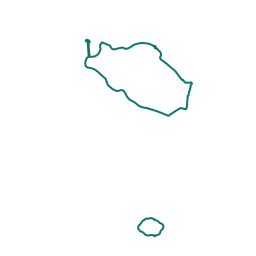 outline of Ly Son, Vietnam, rotated 209°
{"feature_id": "81297802B63810165613250", "entity_name": "Ly Son", "entity_type": "district", "adm_level": 2, "iso_a3": "VNM", "parent_name": "Vietnam", "parent_adm1": "", "projection": "natural_earth1", "projection_center": [109.112, 15.401], "detail": "fine", "context": "isolated", "style": "outline", "palette": "teal", "viewbox_px": 256, "rotation_deg": 209, "n_neighbors": 0, "source": "geoboundaries", "source_scale": "gbopen_adm2", "svg_char_len": 3242}
<svg xmlns="http://www.w3.org/2000/svg" viewBox="0 0 256 256"><g transform="rotate(209 128 128)"><path d="M133.6,153.5L130.4,152.8L127.9,152.7L125.1,153.2L123.0,153.9L121.4,154.5L117.3,155.4L111.9,156.5L106.2,157.4L99.3,158.1L98.5,158.5L98.1,158.7L97.9,159.4L97.8,159.9L97.6,160.5L97.0,161.4L95.8,163.8L92.4,169.9L92.1,170.5L91.6,170.8L91.1,171.1L87.3,172.2L86.7,172.5L86.4,173.1L86.6,174.1L86.9,175.6L87.4,176.7L88.0,177.8L89.4,180.5L89.8,181.8L90.3,182.9L91.3,184.8L91.2,185.1L90.9,185.4L91.0,186.4L91.4,187.1L91.8,188.1L92.1,188.9L92.2,190.7L92.7,192.1L93.0,193.6L93.1,194.3L93.6,195.0L94.0,196.0L94.0,196.3L93.6,197.1L93.6,197.5L93.7,197.9L94.1,198.3L94.7,198.4L95.3,198.3L95.9,197.7L96.7,197.1L98.3,196.2L99.2,195.7L99.8,195.6L100.7,195.7L101.5,196.0L103.5,196.7L103.8,196.3L104.1,196.3L109.3,198.4L113.2,200.3L116.4,201.2L120.3,201.8L124.5,202.8L126.0,203.0L129.0,203.5L131.7,203.8L132.8,204.0L133.6,204.6L134.1,205.2L134.3,206.1L134.4,207.6L134.8,208.6L136.3,209.9L137.6,210.5L138.9,210.6L139.7,210.9L140.3,211.2L141.2,211.6L141.7,211.6L141.7,211.2L142.1,210.9L142.6,210.9L143.3,211.0L143.6,211.3L143.5,211.7L143.4,212.2L143.4,212.5L143.5,212.6L144.1,212.9L144.4,212.7L145.1,212.2L145.5,212.0L146.1,212.2L147.5,212.2L151.0,211.7L153.3,210.8L157.5,208.9L158.3,208.3L161.2,205.7L162.8,204.1L165.5,199.2L166.5,197.8L167.0,197.1L167.7,196.6L168.8,196.0L169.4,195.9L169.9,195.9L170.4,195.9L171.9,195.6L172.3,195.4L176.2,191.9L176.8,191.3L177.6,190.6L178.8,189.7L179.6,189.5L180.2,189.5L181.8,190.0L183.1,191.0L183.7,191.2L184.4,191.2L188.7,190.7L189.9,190.6L192.2,190.3L192.3,190.1L192.1,189.7L192.1,189.3L192.7,187.5L192.6,187.2L191.6,185.0L191.2,184.8L190.8,184.5L190.5,184.0L190.2,183.2L190.0,182.6L189.8,180.4L189.8,178.9L189.9,178.2L190.3,177.1L191.7,174.6L193.6,173.1L195.6,171.9L196.1,171.7L200.9,178.7L203.9,183.7L203.7,183.9L203.4,184.3L203.2,184.6L203.3,184.9L203.5,185.1L204.2,185.5L205.1,185.6L206.7,185.2L207.1,184.9L207.2,184.5L207.3,184.0L207.1,183.7L206.8,183.5L206.1,183.6L205.3,183.7L204.8,183.5L196.9,171.2L197.5,170.4L197.9,169.1L197.8,167.5L197.2,164.7L196.4,163.3L195.8,162.5L195.3,162.1L194.2,161.4L192.6,161.4L191.1,161.9L189.8,162.3L188.6,162.6L186.7,163.0L185.1,163.0L181.9,162.6L178.2,161.7L174.5,160.8L172.2,160.4L171.1,159.9L169.6,158.6L167.8,156.9L166.2,155.8L164.4,155.3L161.6,154.8L159.6,154.5L158.4,154.6L156.9,154.7L155.7,155.0L154.2,156.0L153.3,156.9L152.4,157.8L150.8,158.4L149.8,158.4L148.2,157.6L145.9,156.3L144.6,155.2L142.7,154.4L141.1,153.8L139.7,153.6L137.1,153.6L135.5,153.7L133.6,153.5ZM63.9,43.9L61.3,43.2L60.2,43.1L59.2,43.4L58.0,43.9L56.4,45.3L55.5,45.8L53.7,46.7L53.0,46.2L52.4,46.2L52.0,46.5L51.7,47.2L51.7,47.6L50.4,48.5L49.0,50.8L49.0,51.4L49.1,51.9L49.4,53.0L49.5,53.6L49.4,54.3L48.7,56.8L48.8,57.5L48.9,58.3L49.1,58.8L49.5,59.3L50.0,59.8L50.7,60.2L51.5,60.5L53.4,60.5L54.0,60.4L54.8,60.5L55.8,60.8L57.5,61.1L58.6,60.9L60.0,60.4L60.4,60.5L60.8,60.8L61.0,61.1L63.0,60.6L64.3,60.3L64.9,60.0L66.4,58.5L67.4,57.8L68.2,57.6L68.5,57.3L68.6,56.7L68.7,56.3L69.5,55.1L70.0,54.3L70.2,53.9L70.3,52.6L70.4,51.8L70.6,50.4L70.6,49.3L71.0,48.7L71.3,48.1L71.3,47.2L71.1,46.3L70.5,45.3L69.6,44.6L67.3,43.7L66.4,43.7L65.8,43.9L65.2,44.0L63.9,43.9Z" fill="none" stroke="#0f766e" stroke-width="2"/></g></svg>